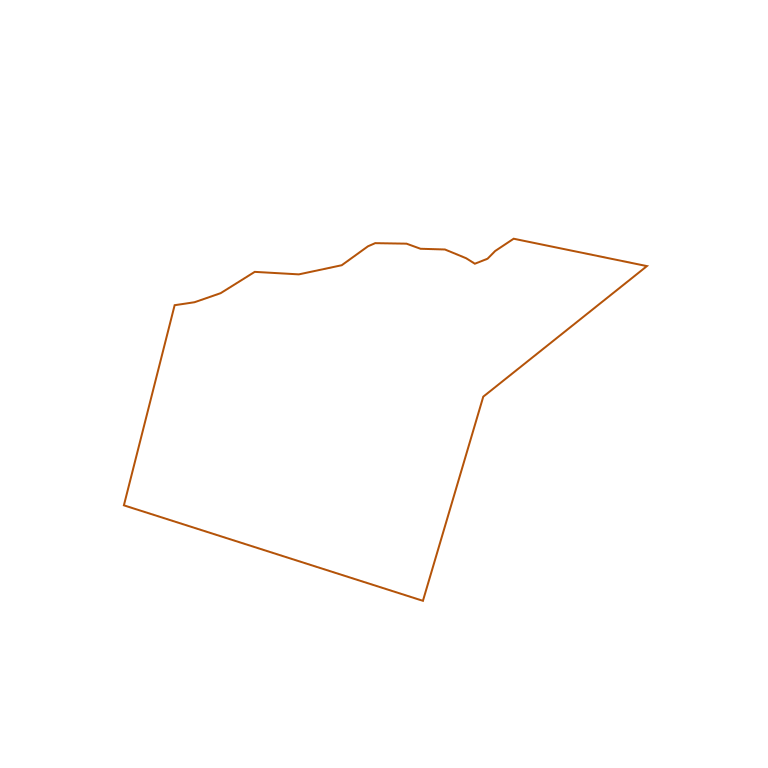 outline of 10 Ramadan 2, Al Qahirah, Egypt, rotated 231°
{"feature_id": "37247803B93568001164514", "entity_name": "10 Ramadan 2", "entity_type": "district", "adm_level": 2, "iso_a3": "EGY", "parent_name": "Egypt", "parent_adm1": "Al Qahirah", "projection": "albers", "projection_center": [31.709, 30.237], "detail": "fine", "context": "isolated", "style": "outline", "palette": "amber", "viewbox_px": 768, "rotation_deg": 231, "n_neighbors": 0, "source": "geoboundaries", "source_scale": "gbopen_adm2", "svg_char_len": 466}
<svg xmlns="http://www.w3.org/2000/svg" viewBox="0 0 768 768"><g transform="rotate(231 384 384)"><path d="M577.0,270.9L453.4,105.5L445.3,110.8L191.0,277.8L311.7,453.2L310.2,654.5L310.2,662.5L408.7,581.6L415.3,576.2L417.4,554.1L416.2,543.3L420.3,530.3L430.0,527.0L450.2,516.0L466.1,497.5L478.9,489.8L499.0,465.8L501.1,458.2L502.9,425.9L522.8,386.8L552.5,354.1L557.4,314.2L566.8,288.2L571.6,280.0L577.0,270.9Z" fill="none" stroke="#b45309" stroke-width="2"/></g></svg>